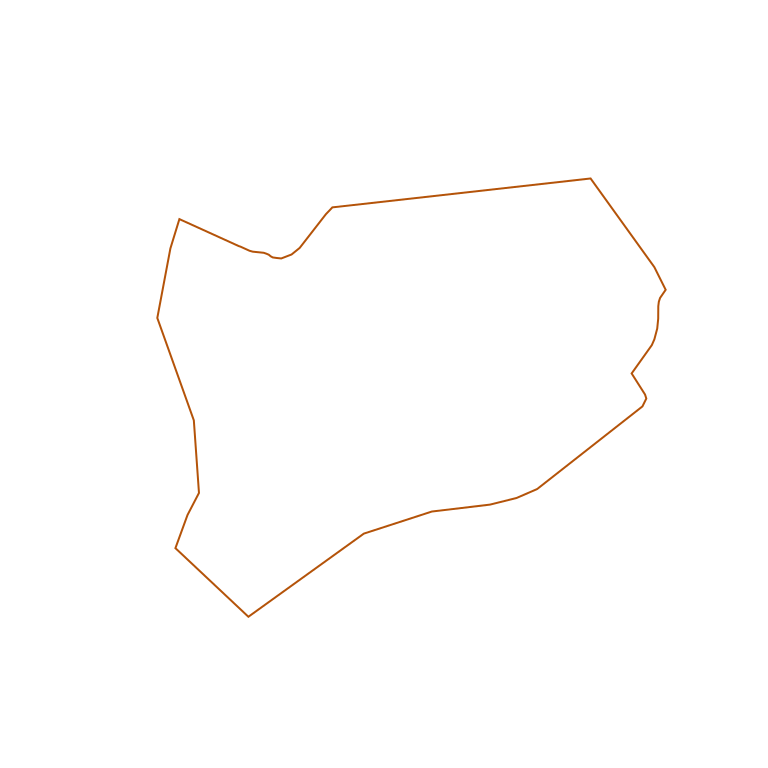 the Parish of Saint George, rotated 21°
{"feature_id": "DMA-1434", "entity_name": "Saint George", "entity_type": "Parish", "adm_level": 1, "iso_a3": "DMA", "parent_name": "Dominica", "parent_adm1": "", "projection": "mercator", "projection_center": [-61.35, 15.3], "detail": "fine", "context": "isolated", "style": "outline", "palette": "amber", "viewbox_px": 768, "rotation_deg": 21, "n_neighbors": 0, "source": "natural_earth", "source_scale": "10m", "svg_char_len": 705}
<svg xmlns="http://www.w3.org/2000/svg" viewBox="0 0 768 768"><g transform="rotate(21 384 384)"><path d="M248.1,612.0L247.5,576.7L250.3,552.0L219.5,486.1L148.7,403.6L136.0,334.0L133.9,303.4L199.0,307.3L200.7,307.2L210.7,307.8L214.0,307.5L224.7,304.6L227.6,304.5L230.1,304.6L232.5,305.4L234.8,305.7L238.7,304.8L243.1,303.6L251.3,296.2L256.5,287.2L268.9,246.3L269.9,243.9L270.8,241.8L272.5,237.6L503.2,118.1L594.5,178.0L613.2,195.1L610.9,204.7L611.1,208.7L612.2,213.1L616.6,224.8L619.2,234.3L620.4,245.4L620.1,251.7L611.4,285.4L631.5,300.3L634.1,303.6L633.3,312.3L564.6,427.2L548.6,442.9L526.2,458.6L474.4,485.9L418.8,530.9L340.8,649.9L248.1,612.0Z" fill="none" stroke="#b45309" stroke-width="2"/></g></svg>